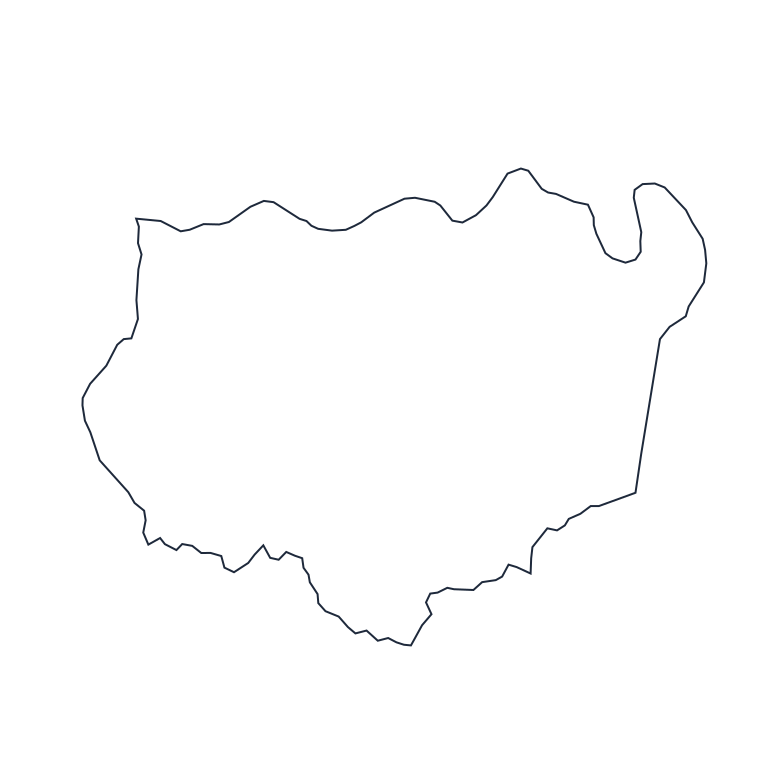 the district of Cambará, Paraná, Brazil, rotated 12°
{"feature_id": "56859067B26074269833743", "entity_name": "Cambará", "entity_type": "district", "adm_level": 2, "iso_a3": "BRA", "parent_name": "Brazil", "parent_adm1": "Paraná", "projection": "mercator", "projection_center": [-50.083, -22.996], "detail": "fine", "context": "isolated", "style": "outline", "palette": "slate", "viewbox_px": 768, "rotation_deg": 12, "n_neighbors": 0, "source": "geoboundaries", "source_scale": "gbopen_adm2", "svg_char_len": 1901}
<svg xmlns="http://www.w3.org/2000/svg" viewBox="0 0 768 768"><g transform="rotate(12 384 384)"><path d="M274.3,240.7L267.1,240.0L238.2,229.1L228.4,229.9L216.5,238.4L198.6,257.8L189.7,262.2L174.3,265.1L161.9,273.5L153.4,276.9L131.7,271.0L107.2,273.8L111.5,281.0L114.1,297.4L119.9,307.7L119.9,322.9L124.4,353.5L127.4,363.5L129.8,371.6L127.4,391.9L120.1,394.2L114.9,401.1L108.6,423.8L96.5,444.9L92.2,460.4L93.5,467.6L99.1,482.1L106.8,492.3L121.8,517.8L156.4,543.0L164.7,552.2L175.7,557.8L179.2,566.9L179.4,579.4L186.9,590.1L197.0,581.2L203.0,586.2L215.5,589.6L219.9,582.5L230.1,582.2L240.4,587.3L249.5,585.3L260.6,586.1L266.1,596.8L276.4,599.3L288.4,587.3L292.9,577.8L299.5,566.9L308.8,577.7L317.5,577.8L323.3,568.6L332.6,570.5L340.2,571.4L343.5,580.5L349.8,586.2L352.7,593.4L362.7,603.3L365.3,612.0L374.0,618.4L388.0,620.9L399.3,629.3L407.9,633.9L418.2,628.8L431.3,636.4L440.9,631.6L449.9,634.1L457.7,634.9L464.7,634.1L467.3,625.6L471.4,612.0L478.3,599.3L470.5,588.9L472.8,579.4L479.8,576.9L488.3,570.2L495.1,570.2L514.3,566.9L521.2,557.4L534.1,552.6L539.6,547.8L543.4,534.8L551.8,535.5L566.8,538.9L564.2,523.9L563.1,512.7L573.8,491.2L583.7,491.2L590.3,484.7L592.8,477.5L603.1,470.1L611.6,460.4L619.6,458.7L652.6,438.1L650.1,398.6L644.6,282.7L651.5,268.7L665.1,255.0L665.9,244.8L675.8,218.1L674.2,199.0L670.2,186.1L665.5,175.7L651.9,161.8L643.2,151.1L617.7,133.4L607.2,131.6L595.4,134.7L588.8,142.0L589.6,149.9L594.3,160.3L604.1,182.0L605.0,190.9L607.6,201.3L604.1,210.0L595.0,215.1L581.4,213.6L573.4,210.0L560.5,192.9L556.2,185.0L554.4,177.4L546.2,166.2L531.9,166.2L512.7,162.3L504.7,162.6L497.7,160.3L480.8,145.4L473.1,144.8L461.1,152.5L451.5,178.6L447.1,188.1L438.9,199.7L427.2,209.7L416.9,210.0L402.0,197.7L395.7,195.2L375.6,195.4L365.5,198.5L338.8,218.4L328.1,230.6L322.2,235.5L314.6,241.1L301.3,244.8L287.3,245.9L280.1,244.3L274.3,240.7Z" fill="none" stroke="#1e293b" stroke-width="2"/></g></svg>